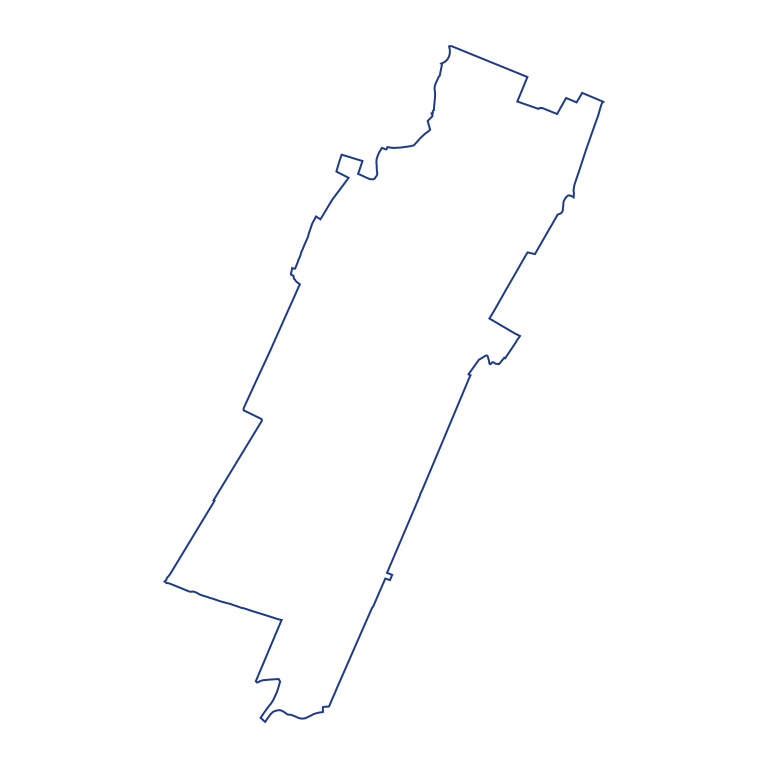 Boranesti, Ialomita, Romania (Robinson projection)
{"feature_id": "2599482B91770170469714", "entity_name": "Boranesti", "entity_type": "district", "adm_level": 2, "iso_a3": "ROU", "parent_name": "Romania", "parent_adm1": "Ialomita", "projection": "robinson", "projection_center": [26.596, 44.644], "detail": "fine", "context": "isolated", "style": "outline", "palette": "blue", "viewbox_px": 768, "rotation_deg": 0, "n_neighbors": 0, "source": "geoboundaries", "source_scale": "gbopen_adm2", "svg_char_len": 5870}
<svg xmlns="http://www.w3.org/2000/svg" viewBox="0 0 768 768"><path d="M323.1,711.8L323.0,711.4L322.9,709.3L322.8,707.2L323.3,707.0L324.7,706.8L325.9,706.7L327.3,706.7L328.2,706.7L328.6,706.6L329.0,706.4L330.1,704.1L331.4,700.9L335.5,691.6L335.5,691.4L337.7,686.3L365.7,622.3L371.7,608.7L371.8,608.4L372.5,607.3L373.4,606.1L377.2,597.2L385.3,578.6L390.0,580.1L392.2,574.9L387.0,572.9L413.8,510.1L419.9,495.6L420.3,494.1L422.6,489.1L441.2,444.9L459.7,400.7L462.1,395.0L469.2,378.0L470.5,375.3L468.7,374.6L468.5,374.3L478.9,359.7L480.1,359.1L482.6,357.5L483.7,356.9L484.9,356.1L486.0,355.6L486.8,355.5L487.3,355.8L487.7,356.4L488.2,358.0L488.5,359.2L488.9,360.3L489.1,361.4L489.2,362.9L489.5,363.7L489.6,363.9L490.0,364.1L490.6,364.1L491.0,363.7L491.6,362.9L492.4,362.2L492.9,362.2L494.0,362.7L495.5,363.7L499.0,364.1L501.7,360.9L504.3,357.7L505.2,358.3L512.8,346.9L515.4,343.0L516.9,340.4L520.0,336.0L515.3,333.7L513.2,332.5L502.8,326.4L489.4,318.5L494.2,310.6L502.2,296.5L508.2,285.9L514.3,275.4L521.6,262.6L526.5,254.1L527.6,252.4L534.9,254.1L556.8,216.1L557.5,214.7L559.6,213.8L560.6,213.5L561.6,212.7L562.1,212.0L562.4,211.5L562.6,211.1L562.7,210.5L562.9,209.8L562.9,208.7L563.0,207.8L563.1,206.9L563.3,206.0L563.3,205.6L563.3,204.6L563.4,203.1L563.4,202.5L563.6,201.8L563.9,200.8L564.6,199.5L565.4,198.2L565.9,197.6L566.3,197.0L566.9,196.4L567.4,196.1L568.1,195.6L568.8,195.4L570.1,195.6L571.4,196.0L572.8,196.7L573.6,197.3L573.8,195.1L573.9,193.0L573.6,191.0L573.6,189.9L574.1,186.4L574.6,184.3L579.4,170.1L586.5,148.4L591.2,135.1L594.6,125.4L598.1,115.8L599.7,110.1L601.4,104.5L602.2,102.9L603.4,101.9L603.1,101.7L582.2,92.9L582.0,93.2L576.6,102.4L566.1,98.0L557.1,114.0L542.2,108.0L541.4,108.1L541.2,108.0L540.8,108.1L540.6,108.1L539.9,107.9L538.5,108.9L517.3,101.5L521.1,92.4L527.4,77.0L451.4,46.1L450.6,46.2L449.1,46.4L449.3,47.4L449.9,50.3L449.8,52.9L449.5,54.9L448.8,57.0L447.4,59.4L446.5,60.4L445.6,61.3L444.7,61.9L444.1,62.3L443.0,62.8L441.9,63.3L441.2,63.6L441.3,63.7L441.9,65.1L440.8,70.3L439.8,75.5L439.7,75.6L439.2,76.4L438.6,77.0L437.8,78.9L435.9,83.0L435.0,85.3L434.7,86.8L434.6,87.6L434.5,88.4L434.6,89.2L434.7,90.1L434.9,91.6L435.0,92.7L435.1,93.8L435.1,95.5L434.9,98.6L434.7,100.2L434.6,101.1L434.5,102.7L434.2,105.7L434.0,107.9L433.9,110.1L433.6,110.2L433.2,110.5L432.9,111.0L432.8,111.5L432.9,112.3L432.7,113.4L431.6,113.3L431.6,113.7L432.5,115.5L432.5,115.8L432.4,116.2L431.2,117.4L430.1,118.6L429.0,119.5L427.7,121.1L430.1,129.6L429.2,130.7L428.7,131.1L425.1,133.7L422.8,135.8L420.6,137.8L417.7,141.1L414.8,144.3L414.4,144.7L414.3,144.8L414.2,144.9L413.9,145.1L413.4,145.5L412.5,145.7L411.6,145.9L410.7,146.1L408.5,146.5L406.4,146.8L405.3,146.9L404.2,147.0L402.2,147.4L400.9,147.5L394.7,147.9L393.6,148.0L393.3,147.9L392.5,147.7L392.0,147.8L391.9,147.8L391.7,147.8L390.5,147.6L389.5,147.4L387.4,147.1L387.0,148.1L386.5,149.2L386.1,149.5L381.9,147.9L380.6,150.1L379.2,152.3L378.7,153.4L378.2,154.5L377.5,156.4L376.8,158.4L376.7,158.9L376.6,159.4L376.6,159.9L376.5,160.4L376.5,160.9L376.5,161.3L376.4,161.6L376.4,162.3L376.5,163.2L376.5,164.0L376.7,165.8L376.7,167.5L376.7,167.8L376.8,169.1L376.9,170.3L376.9,171.4L377.1,172.2L377.2,173.0L377.2,173.3L377.3,173.6L377.1,174.8L376.7,175.7L376.4,176.1L376.1,176.6L375.9,176.8L375.6,177.1L375.1,177.9L374.5,178.7L374.2,178.9L373.8,179.2L373.5,179.2L373.3,179.3L373.0,179.3L371.7,179.2L369.9,179.2L369.6,179.1L369.4,178.9L366.7,177.8L364.1,176.6L363.5,176.3L362.9,176.0L362.3,175.7L358.1,173.9L360.3,167.5L362.5,161.0L355.1,158.8L347.8,156.5L341.6,154.7L340.5,158.0L339.4,161.3L337.9,166.3L336.4,171.6L348.6,177.8L340.8,188.3L332.6,199.2L330.5,202.6L321.6,217.4L320.4,219.3L320.0,219.0L318.4,218.0L315.9,216.5L314.9,218.6L313.9,220.6L313.0,222.0L312.4,223.3L311.8,224.6L311.5,225.7L310.9,227.5L310.3,229.2L309.7,231.0L309.0,232.8L308.7,234.0L308.4,235.2L308.2,235.9L308.1,236.6L307.2,238.6L306.3,240.6L305.5,242.4L304.7,244.2L304.0,246.0L303.2,247.8L302.7,249.0L302.3,250.1L301.7,251.2L301.2,252.3L301.0,253.1L300.8,254.0L300.4,255.3L300.0,256.5L299.3,258.1L298.5,259.7L297.8,261.9L295.2,268.5L294.4,268.8L292.2,268.0L290.9,274.5L293.5,275.9L293.6,276.3L293.6,276.6L293.7,277.0L293.7,277.3L293.7,277.5L293.8,277.9L293.9,278.7L294.1,278.9L294.3,279.1L294.5,279.2L294.7,279.4L295.1,279.7L295.4,280.4L295.8,281.1L296.2,281.5L296.5,281.8L296.9,282.1L297.8,282.7L298.8,283.5L299.9,284.3L298.8,286.5L293.9,297.6L287.2,312.5L283.4,321.0L270.2,350.7L256.8,379.6L243.5,408.5L243.7,410.4L243.8,410.4L261.4,419.0L261.7,419.2L261.9,420.7L237.7,460.5L213.5,500.4L214.5,500.8L212.6,504.0L199.8,525.1L170.2,574.0L168.2,576.6L167.0,577.8L166.2,580.0L164.6,581.5L166.5,583.0L169.0,583.3L175.5,585.9L182.1,588.6L185.5,590.0L189.0,591.4L190.8,591.8L192.5,591.5L192.9,591.6L193.4,591.6L195.1,592.1L197.0,592.9L198.3,593.7L199.5,594.4L204.0,596.0L205.5,596.4L207.0,596.8L209.9,597.9L212.8,598.7L220.3,601.3L227.8,603.3L229.5,603.7L230.3,603.9L232.3,604.7L236.6,606.1L240.7,607.6L242.2,608.0L242.8,608.0L247.0,609.3L249.7,610.2L250.4,610.5L251.1,610.7L256.9,612.5L262.7,614.3L265.0,615.0L267.2,615.7L274.3,618.0L277.8,619.1L280.4,619.8L281.2,620.0L281.6,620.0L271.7,643.5L255.8,681.3L256.8,682.2L257.0,682.5L258.2,682.1L259.4,681.5L259.8,681.3L261.1,680.8L262.3,680.4L263.3,680.2L264.6,680.1L267.5,679.8L269.9,679.6L271.0,679.5L273.2,679.4L276.1,679.2L278.6,679.0L280.1,681.5L278.6,686.8L276.9,692.2L273.2,700.1L271.0,703.6L268.9,706.1L264.8,711.7L260.6,717.8L265.1,721.9L265.6,721.4L267.1,719.0L268.5,717.1L269.6,715.5L270.8,713.9L271.6,713.3L272.7,712.1L274.7,711.1L276.9,710.5L278.6,710.2L280.1,710.2L281.9,710.8L284.7,712.4L286.8,714.0L287.8,714.5L291.2,714.9L293.2,715.6L294.9,716.3L298.5,717.9L300.4,718.4L301.8,718.6L304.0,718.5L305.3,718.2L306.7,717.6L308.1,716.9L310.7,715.7L313.2,714.3L314.3,713.9L315.8,713.4L319.0,712.6L321.8,712.2L322.9,712.0L323.1,711.8Z" fill="none" stroke="#1e3a8a" stroke-width="2"/></svg>